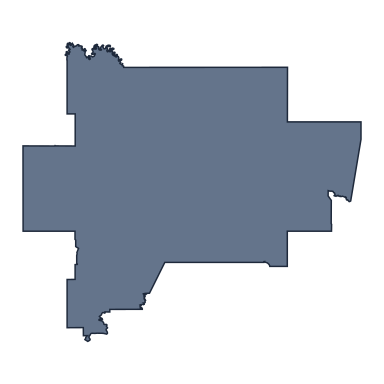 outline of Greater Shepparton, Victoria, Australia
{"feature_id": "25037944B15813892804113", "entity_name": "Greater Shepparton", "entity_type": "district", "adm_level": 2, "iso_a3": "AUS", "parent_name": "Australia", "parent_adm1": "Victoria", "projection": "natural_earth1", "projection_center": [145.313, -36.427], "detail": "fine", "context": "isolated", "style": "filled", "palette": "slate", "viewbox_px": 384, "rotation_deg": 0, "n_neighbors": 0, "source": "geoboundaries", "source_scale": "gbopen_adm2", "svg_char_len": 5586}
<svg xmlns="http://www.w3.org/2000/svg" viewBox="0 0 384 384"><path d="M361.0,121.9L287.4,121.9L287.5,67.3L123.7,67.4L123.7,66.4L123.5,66.0L123.1,65.8L122.3,65.8L122.2,65.5L122.7,63.8L122.4,63.6L121.6,64.3L121.2,64.3L120.0,63.6L119.8,63.3L120.2,62.8L120.7,62.4L120.5,62.0L120.1,61.6L120.0,61.0L120.5,60.4L121.4,60.2L121.7,59.8L121.6,59.1L121.2,58.9L120.2,59.2L119.6,59.8L119.1,60.8L118.6,61.0L118.4,60.4L118.7,58.3L118.7,57.3L118.3,56.6L117.4,56.3L117.3,56.0L117.3,54.8L117.1,54.5L116.8,54.4L116.2,54.9L116.1,55.6L116.6,56.7L116.2,57.0L115.5,56.7L114.9,56.2L114.7,54.1L115.0,52.8L114.9,52.5L114.7,52.2L114.1,52.2L113.2,53.4L113.3,54.4L113.7,55.0L113.6,55.5L112.8,55.0L112.4,54.5L112.2,53.2L112.5,51.2L112.1,50.9L111.5,51.1L111.3,50.9L111.2,50.1L111.9,49.5L113.1,49.5L113.7,49.3L113.9,48.8L113.7,48.4L112.5,48.1L111.8,48.4L110.6,50.4L110.4,51.7L110.0,51.8L109.4,51.4L109.3,50.7L109.6,50.2L110.5,49.3L110.7,48.8L110.5,48.4L109.9,48.5L109.0,50.1L108.2,50.9L107.9,51.7L107.5,51.8L107.2,51.6L106.8,50.4L107.5,49.1L107.5,48.7L107.4,48.4L106.6,48.1L106.5,47.9L106.5,47.4L106.7,47.0L108.1,46.7L108.6,46.3L110.0,46.7L110.3,46.6L110.4,45.9L109.9,45.3L108.1,45.2L106.2,46.2L105.4,48.5L105.1,48.7L104.3,48.9L104.0,48.8L102.7,46.7L103.0,46.3L103.5,45.9L103.6,45.6L103.1,45.1L102.4,45.2L100.7,47.3L100.0,48.6L100.1,48.9L100.5,49.1L101.4,49.3L101.5,49.6L101.3,50.0L100.8,50.2L99.6,50.0L99.2,49.8L98.8,49.3L98.4,47.9L98.8,47.3L98.6,46.7L97.1,46.3L96.6,46.4L95.2,47.2L94.9,47.0L95.2,46.3L97.4,45.1L97.5,44.8L97.4,44.6L96.8,44.3L94.6,45.3L94.1,46.0L93.8,47.8L94.3,48.1L95.2,47.8L95.8,47.7L96.2,47.9L96.4,48.6L96.2,49.0L95.8,49.2L94.5,49.0L93.5,49.1L92.5,48.6L92.2,48.8L92.0,49.5L93.0,51.3L93.1,52.1L92.9,52.5L92.5,53.0L92.1,53.1L91.6,53.8L91.8,54.2L92.8,54.4L93.5,54.2L94.6,53.4L95.0,53.5L95.3,53.9L94.1,56.3L92.8,56.8L92.3,56.9L91.3,56.0L90.2,56.1L89.0,55.7L88.7,55.8L88.6,56.5L89.0,57.1L89.9,57.7L90.2,58.1L90.1,59.2L89.4,59.5L88.7,58.9L88.8,58.1L88.5,57.7L87.8,57.1L87.5,57.0L87.0,57.8L86.7,57.8L86.5,57.5L86.4,56.9L84.9,55.0L84.8,54.4L85.2,52.0L84.8,51.3L85.8,51.0L86.1,50.6L86.1,50.4L85.6,50.0L85.1,50.0L84.3,50.8L83.9,50.9L83.6,50.3L83.8,49.9L84.1,49.6L85.0,49.5L85.2,49.2L85.1,48.8L84.9,48.7L84.5,48.7L82.9,50.0L82.5,50.1L82.0,49.9L82.0,49.5L82.3,48.6L82.2,48.3L81.4,48.0L81.6,47.4L82.2,46.9L82.0,46.3L80.9,45.9L78.8,45.9L79.0,45.1L78.7,44.8L78.2,44.6L77.3,44.8L76.5,45.8L76.0,45.8L75.6,46.3L75.1,46.4L73.9,46.3L73.7,46.4L73.8,47.2L73.4,47.4L72.9,46.6L72.8,46.3L73.6,45.3L73.4,44.9L72.7,44.1L72.6,43.6L72.3,43.2L71.8,43.6L71.4,45.1L70.7,45.4L70.2,45.1L70.1,44.7L70.3,43.1L70.1,42.8L69.7,42.6L69.0,43.0L68.9,43.4L69.0,44.4L68.7,44.6L68.4,44.5L68.1,43.4L67.8,43.3L67.5,43.5L67.2,44.3L67.2,44.8L68.0,45.8L68.2,46.5L68.1,46.8L67.2,46.7L66.9,46.3L66.5,46.3L66.2,46.9L66.6,47.7L67.0,47.9L68.8,47.9L70.1,49.3L69.9,49.6L69.5,49.8L68.9,49.8L68.6,50.2L68.6,50.6L68.8,51.0L69.8,51.6L69.9,52.0L69.6,52.3L68.6,52.8L68.7,53.1L69.2,53.7L69.2,54.0L68.8,54.2L68.5,54.1L68.0,53.5L67.6,53.3L67.3,52.6L67.4,51.9L67.1,51.6L66.7,51.6L66.3,51.8L66.2,52.1L66.3,52.7L67.2,53.7L67.2,54.0L65.7,54.1L65.2,54.9L65.3,55.2L65.6,55.4L67.0,55.5L67.3,55.8L67.4,56.2L67.0,57.0L66.9,59.4L66.9,59.9L67.1,60.0L67.1,113.9L75.2,113.9L75.2,146.0L55.3,145.9L55.0,145.6L54.6,146.0L23.0,145.9L23.1,231.2L75.0,231.2L75.0,239.4L75.7,240.1L75.7,246.6L78.5,248.4L76.9,252.5L77.1,253.8L76.7,255.4L76.7,263.3L77.3,263.9L77.3,264.4L75.1,264.6L75.1,279.4L67.1,279.5L67.1,327.7L83.3,327.6L83.4,335.7L87.4,335.6L85.8,337.4L85.7,338.2L84.9,339.6L87.8,341.4L89.7,340.3L90.0,339.9L90.1,339.2L89.0,337.5L89.0,336.6L90.2,334.9L90.5,334.1L90.9,333.6L91.8,333.3L92.7,333.3L94.9,333.4L97.1,333.2L103.1,333.3L106.7,334.1L107.4,333.4L107.4,332.6L107.2,331.9L106.1,329.9L106.2,329.1L107.5,327.9L107.5,327.6L106.4,326.3L106.6,325.7L107.0,325.1L106.8,324.7L106.4,324.4L104.3,324.5L103.9,324.2L103.7,322.9L103.0,322.0L102.6,321.1L99.3,320.3L98.9,320.0L99.0,319.6L99.4,319.2L100.1,319.0L101.4,319.6L102.4,319.3L102.2,318.7L101.7,318.2L100.5,317.7L99.4,316.4L101.4,314.9L101.9,313.4L102.6,312.6L103.2,312.5L104.5,313.1L104.9,313.0L105.1,312.8L105.1,312.4L105.0,311.9L109.8,312.0L109.8,309.4L142.3,309.3L142.3,308.7L141.5,307.4L140.4,308.1L140.5,307.4L140.1,307.0L140.1,306.8L140.2,306.4L140.1,306.0L140.5,305.6L140.2,305.2L141.0,305.2L140.8,304.7L141.1,304.6L141.3,304.9L143.1,304.1L143.7,304.0L143.7,304.5L144.2,304.3L144.1,303.7L143.8,303.5L143.9,303.4L144.3,303.4L144.4,303.2L144.1,303.0L144.5,303.0L145.1,302.4L145.2,302.1L145.0,301.6L145.2,300.8L145.0,300.4L145.5,300.2L145.3,299.9L145.1,300.0L145.1,299.8L144.9,299.8L144.9,299.3L144.5,299.3L144.4,299.2L144.5,298.9L144.1,298.7L144.4,297.7L144.2,297.3L144.6,297.2L145.1,296.6L145.0,296.4L144.7,296.1L144.5,296.5L144.3,296.5L143.9,295.8L144.2,295.3L144.9,295.3L146.3,294.1L145.2,293.6L144.6,294.0L143.9,294.1L143.4,294.1L143.3,293.8L145.2,293.4L149.5,293.2L164.8,262.4L263.9,262.4L263.9,261.6L264.7,261.5L264.6,262.0L267.4,262.9L269.1,264.5L269.7,265.8L269.8,266.4L287.3,266.4L287.3,231.2L331.5,231.2L331.6,224.3L331.2,223.7L331.3,200.4L328.1,195.9L328.2,190.6L330.0,191.2L331.2,191.1L333.0,191.4L333.7,192.7L334.4,192.8L334.6,193.1L334.9,194.2L335.0,194.8L334.1,195.5L334.2,195.8L334.4,195.9L334.7,195.6L335.3,195.8L335.5,196.1L336.0,196.3L337.0,195.6L338.0,196.0L338.2,195.5L338.6,195.9L339.2,196.0L339.8,196.4L340.2,196.1L340.5,196.5L341.0,196.6L342.5,196.2L343.4,196.6L343.9,196.6L345.0,197.3L345.6,196.9L346.2,197.5L346.3,197.9L346.0,198.4L346.6,199.9L347.6,199.7L347.8,200.3L348.5,200.8L349.0,201.5L349.6,201.6L350.7,201.0L361.0,139.3L361.0,121.9Z" fill="#64748b" stroke="#1e293b" stroke-width="1.5"/></svg>